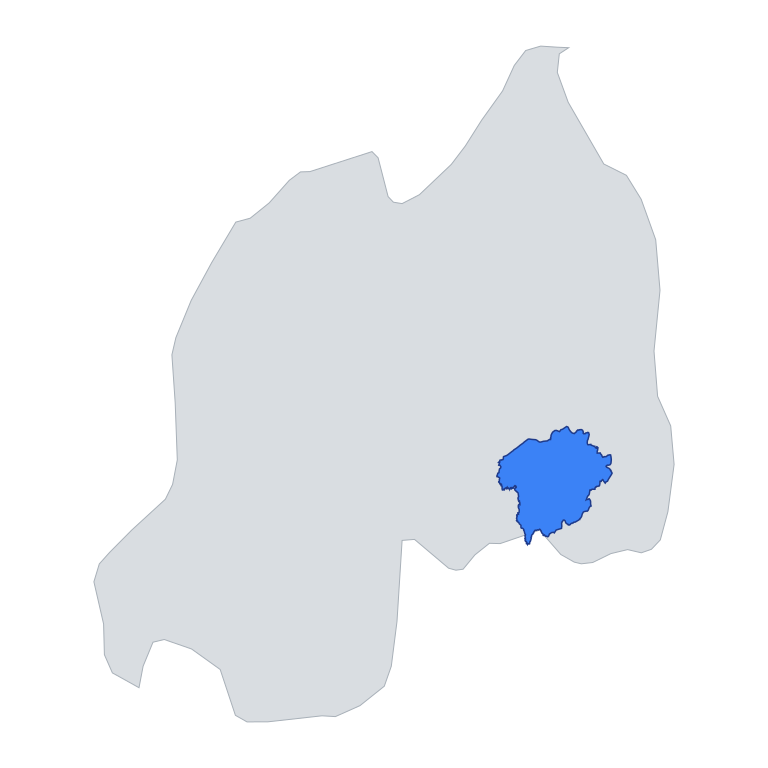 location of Ngoma, Eastern, Rwanda
{"feature_id": "39286606B28964371534134", "entity_name": "Ngoma", "entity_type": "district", "adm_level": 2, "iso_a3": "RWA", "parent_name": "Rwanda", "parent_adm1": "Eastern", "projection": "equal_earth", "projection_center": [30.488, -2.198], "detail": "fine", "context": "in_parent", "style": "filled", "palette": "blue", "viewbox_px": 768, "rotation_deg": 0, "n_neighbors": 0, "source": "geoboundaries", "source_scale": "gbopen_adm2", "svg_char_len": 7096}
<svg xmlns="http://www.w3.org/2000/svg" viewBox="0 0 768 768"><path d="M300.5,171.9L309.9,171.6L372.0,151.6L378.1,157.8L388.1,196.6L393.4,202.2L402.1,203.6L419.4,194.7L451.3,164.4L465.3,146.0L481.7,120.1L502.6,90.9L514.3,65.4L525.7,50.5L540.7,46.1L557.2,47.2L568.7,47.7L559.3,53.8L557.3,72.4L568.2,102.3L603.8,164.0L626.4,175.3L641.2,199.3L655.7,239.7L660.0,290.3L654.0,351.1L657.6,396.3L670.7,425.9L674.1,464.4L667.9,511.7L660.3,539.9L651.4,549.3L641.3,552.8L627.6,549.6L610.9,553.6L592.7,562.5L581.3,563.8L574.2,562.1L560.8,554.5L539.6,530.1L500.1,543.6L489.4,543.3L474.9,554.9L463.1,569.2L455.9,570.2L448.6,568.2L414.5,539.4L402.1,540.4L397.0,621.3L391.3,666.2L384.3,686.2L360.0,705.6L335.4,716.6L322.0,715.8L268.1,721.8L247.0,721.9L235.4,715.3L220.2,669.5L191.6,649.0L164.2,639.5L153.0,642.2L143.1,666.2L139.0,687.7L112.4,672.9L104.4,654.7L103.6,624.0L93.9,581.8L99.3,563.9L109.7,552.3L131.8,530.0L165.4,499.2L172.6,484.4L177.3,459.9L175.2,402.9L171.9,354.8L175.9,337.6L191.2,300.4L211.8,262.4L235.8,222.1L250.2,218.2L269.2,202.9L289.3,180.3L300.5,171.9Z" fill="#d9dde1" stroke="#a8b0b8" stroke-width="1"/><path d="M499.9,460.2L499.7,461.1L498.7,462.3L499.7,462.3L499.6,462.6L499.3,463.1L499.1,464.2L498.7,465.2L498.9,465.3L499.5,465.0L499.9,465.2L500.9,466.8L500.6,468.0L499.5,468.9L499.0,471.6L499.0,472.6L498.8,472.8L497.8,473.2L497.4,474.7L496.8,476.1L496.9,476.3L497.2,475.9L497.7,476.8L499.1,477.5L499.6,477.8L499.7,478.2L499.6,478.8L499.3,479.4L499.4,480.0L499.3,481.2L498.7,481.7L498.7,482.1L499.2,482.4L499.7,483.4L500.2,483.4L501.0,483.9L501.0,484.2L500.4,484.3L500.3,484.5L500.9,485.0L501.3,484.6L501.5,484.6L501.5,485.5L501.2,485.5L501.2,485.8L501.9,486.0L502.0,486.3L502.1,486.8L502.1,488.7L502.3,489.9L502.5,490.0L502.9,489.8L503.8,489.9L503.6,489.5L503.9,489.0L504.0,489.0L504.3,489.5L504.6,489.4L504.8,488.5L506.5,487.5L506.7,487.8L506.2,488.0L506.5,488.7L506.7,488.9L507.0,488.8L507.4,487.7L507.5,488.0L507.5,489.0L507.7,488.2L507.8,487.9L508.0,487.9L508.5,488.0L508.8,488.8L509.6,488.7L509.7,489.2L510.1,488.3L510.6,487.7L511.0,488.0L510.7,488.7L511.2,488.9L511.3,488.9L511.4,487.9L512.0,487.4L512.2,487.5L512.3,488.4L512.5,488.4L513.4,488.1L513.8,486.9L514.8,485.6L515.0,485.6L515.3,486.4L515.8,486.1L516.0,486.4L516.3,487.0L516.2,487.4L516.1,487.6L515.5,487.9L514.7,488.8L514.7,489.6L515.0,490.2L515.7,490.6L516.0,491.2L516.8,491.6L517.1,492.2L517.4,492.2L518.1,493.0L518.6,496.5L518.4,497.1L518.1,497.5L518.0,498.7L518.3,499.0L518.2,499.6L518.4,500.3L518.8,500.7L518.6,501.0L518.7,501.3L519.4,501.0L519.5,502.0L519.8,502.4L519.6,502.8L519.6,503.2L519.9,503.5L519.9,504.4L519.9,504.6L519.3,504.3L519.0,504.8L518.6,504.8L518.3,505.3L518.7,506.6L518.3,506.7L518.4,507.7L518.8,508.7L519.2,509.3L519.2,511.3L519.1,511.8L519.1,512.3L518.4,513.4L518.1,512.8L517.9,512.8L517.9,513.2L518.3,514.2L517.7,514.1L517.3,515.1L517.2,515.2L516.8,515.0L516.7,515.4L517.1,516.0L517.2,516.4L517.1,516.6L516.8,516.8L516.8,517.6L516.5,518.3L516.9,519.0L516.9,519.4L516.9,519.8L516.5,520.5L517.2,521.4L517.6,521.2L517.9,522.0L518.8,522.6L519.3,523.8L520.8,525.1L521.0,525.6L520.9,527.0L521.1,527.9L521.5,528.2L522.6,528.2L523.8,529.5L523.7,530.3L524.2,531.0L524.9,533.9L525.3,534.3L525.5,534.7L525.4,535.3L524.9,535.9L525.2,536.5L525.3,537.6L525.5,538.0L525.4,538.4L524.9,538.5L525.1,539.2L525.5,539.4L525.1,540.4L525.3,540.8L525.4,541.2L525.6,541.5L526.3,541.4L526.4,541.5L526.6,542.2L526.5,543.0L526.9,542.8L527.0,543.0L526.9,543.7L527.3,543.7L527.5,544.4L527.9,543.7L528.3,544.0L529.0,543.6L529.4,543.9L529.6,543.8L529.7,542.4L530.0,541.4L530.3,541.4L530.5,541.0L531.2,538.4L531.0,537.3L531.5,536.9L531.6,535.3L531.9,534.9L532.8,534.2L533.1,533.2L533.5,533.1L533.6,532.9L533.9,531.8L535.0,530.3L535.5,530.2L536.6,530.3L537.4,529.8L538.3,530.0L539.7,529.2L540.3,529.7L540.5,530.1L541.0,530.7L541.8,532.9L543.1,534.2L543.2,535.4L543.6,535.5L544.6,535.0L545.1,535.9L545.6,536.3L546.7,536.2L547.8,536.8L548.6,536.1L549.5,533.9L550.4,533.5L551.4,532.6L553.5,532.3L554.3,532.9L556.2,530.0L561.5,528.4L561.6,527.4L561.8,526.4L561.6,523.1L562.0,522.3L561.9,522.0L562.6,521.3L563.3,520.1L564.3,520.1L564.9,520.6L565.2,521.0L565.5,522.1L566.0,523.1L566.4,523.4L567.5,524.2L568.0,524.3L568.1,524.8L568.7,525.0L569.0,524.8L569.5,525.0L570.3,524.5L570.5,524.0L571.5,523.3L572.0,523.4L572.4,523.0L573.1,523.0L573.8,522.2L575.2,522.1L578.8,520.0L579.2,519.6L579.7,518.9L579.9,519.1L580.1,518.6L580.8,517.8L581.6,516.5L582.3,513.9L583.3,512.1L584.1,511.6L586.6,511.1L587.2,511.2L587.6,510.9L588.0,510.5L588.6,509.3L588.8,508.3L589.2,507.9L589.3,507.5L590.3,506.2L591.1,506.0L590.6,504.1L590.6,501.7L590.4,500.6L590.2,500.1L589.8,499.7L589.4,498.9L588.7,498.9L588.4,499.3L587.4,499.5L586.8,499.4L586.3,499.7L587.3,496.9L587.8,496.0L588.7,495.2L589.3,494.0L589.8,490.7L589.9,490.0L590.3,489.9L590.5,490.1L591.0,489.9L591.1,490.1L591.4,489.9L591.5,489.6L592.1,489.2L594.5,489.3L595.0,489.2L595.0,487.9L595.5,487.5L595.6,487.1L596.1,487.1L596.4,486.6L596.9,486.3L597.9,486.4L598.5,486.0L599.2,486.0L599.5,485.6L599.9,483.5L599.9,481.9L600.0,481.3L601.2,481.4L601.4,480.6L602.1,480.1L602.7,479.5L602.9,479.6L603.1,480.4L605.2,483.1L606.1,481.8L607.5,481.2L608.4,479.3L611.5,474.4L612.1,473.1L611.8,472.6L611.6,472.0L611.1,471.6L611.0,470.6L610.8,470.6L610.6,470.1L610.4,470.1L610.3,469.8L610.1,469.7L609.8,469.0L608.9,468.3L606.6,467.2L606.1,466.3L606.5,466.1L606.5,465.8L606.8,465.7L606.9,465.4L607.3,465.1L608.6,465.2L610.1,464.7L610.4,464.1L610.8,463.7L611.0,462.9L611.3,459.7L611.0,456.8L610.6,454.9L609.7,454.8L609.1,455.0L608.7,455.0L608.4,455.2L608.0,455.1L607.2,455.7L606.7,456.2L606.0,456.7L605.2,456.6L604.4,456.8L604.2,456.6L603.9,456.7L603.6,457.1L602.8,457.3L602.1,456.3L601.7,455.1L600.4,453.6L600.3,453.0L597.2,453.1L597.2,451.0L597.5,450.5L597.7,449.9L597.7,449.0L598.0,447.8L597.7,447.6L597.3,447.0L596.8,446.8L596.5,448.2L595.4,447.7L595.2,447.3L594.8,446.2L593.8,446.3L593.6,446.1L592.3,445.5L591.5,445.4L591.2,445.3L590.9,444.4L589.8,444.5L588.8,444.8L587.7,444.6L587.2,442.9L587.4,440.6L588.1,439.2L588.4,437.7L588.7,436.8L589.2,434.5L588.6,432.6L587.6,432.4L587.1,432.9L586.6,432.8L585.7,433.0L585.2,433.7L583.6,433.7L583.1,433.1L583.4,432.1L583.1,431.6L582.7,430.4L581.6,429.6L581.2,429.7L580.3,429.6L579.1,429.8L578.8,430.2L578.3,430.0L577.6,430.0L577.1,430.8L576.6,431.0L575.9,432.3L575.1,432.8L574.2,433.6L573.9,433.5L573.8,433.4L572.8,433.2L571.9,432.8L571.2,432.0L570.5,431.6L570.3,431.0L569.7,430.4L568.8,428.8L568.4,427.7L567.9,427.0L566.6,426.5L562.3,429.4L561.0,429.6L559.5,431.6L556.4,430.4L554.9,430.5L553.8,431.3L552.6,432.2L551.4,434.4L551.0,435.6L551.0,436.7L550.5,438.1L550.8,438.6L550.6,439.3L550.4,439.1L548.2,440.2L548.0,440.5L547.3,440.9L543.3,441.3L541.4,441.9L540.4,442.1L539.7,442.1L538.5,441.5L537.3,440.5L535.7,439.7L531.8,439.4L529.0,439.0L528.0,439.2L524.0,442.2L523.5,442.8L519.5,445.7L518.7,446.5L517.4,447.4L516.9,447.9L513.8,449.9L512.9,450.9L512.2,451.3L507.6,454.9L506.4,455.6L503.6,456.6L503.4,456.9L503.4,457.2L503.3,459.0L502.9,459.6L502.2,459.6L501.7,460.1L501.4,459.9L501.1,459.9L499.9,460.2Z" fill="#3b82f6" stroke="#1e3a8a" stroke-width="1.5"/></svg>